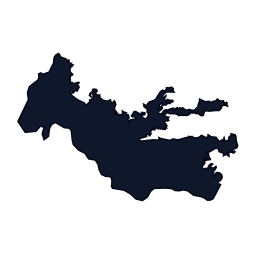 the Province of Mugla, rotated 182°
{"feature_id": "TUR-2278", "entity_name": "Mugla", "entity_type": "Province", "adm_level": 1, "iso_a3": "TUR", "parent_name": "Turkey", "parent_adm1": "", "projection": "mercator", "projection_center": [28.126, 36.936], "detail": "fine", "context": "isolated", "style": "filled", "palette": "ink", "viewbox_px": 256, "rotation_deg": 182, "n_neighbors": 0, "source": "natural_earth", "source_scale": "10m", "svg_char_len": 5817}
<svg xmlns="http://www.w3.org/2000/svg" viewBox="0 0 256 256"><g transform="rotate(182 128 128)"><path d="M199.9,200.0L197.5,196.5L192.2,194.8L190.7,192.9L189.4,193.8L189.1,192.3L189.4,190.7L187.0,190.7L187.6,190.0L186.6,189.3L185.1,189.1L186.3,187.4L188.2,186.8L188.1,186.2L187.6,186.1L188.1,184.0L187.6,182.1L186.5,180.7L185.1,179.9L185.1,179.2L187.6,177.7L187.3,173.0L186.8,171.1L185.1,171.6L184.0,170.3L179.7,171.9L177.8,171.6L179.4,171.2L179.8,170.1L178.3,167.0L180.2,163.1L181.5,164.2L183.7,161.5L185.1,160.9L184.6,162.8L185.3,163.2L186.4,162.9L187.0,162.0L186.3,160.0L185.1,158.5L179.5,154.5L172.6,151.6L171.7,150.5L171.0,148.9L166.7,153.3L166.7,154.0L167.3,154.0L167.3,154.7L164.3,155.5L163.9,156.4L164.2,158.2L163.0,158.5L164.3,160.1L163.7,160.9L164.9,162.4L165.4,162.4L166.5,160.4L166.6,159.4L166.1,157.8L167.7,159.3L167.1,161.2L164.3,163.9L164.8,165.1L163.8,165.7L161.2,165.5L160.2,164.5L160.2,163.5L161.0,162.7L162.4,162.4L162.4,161.6L159.0,159.7L157.5,160.1L157.0,157.2L153.8,154.9L149.8,154.1L146.5,155.5L146.0,153.4L145.1,152.6L143.9,153.0L142.7,154.7L142.1,154.0L141.0,150.9L141.8,149.4L142.1,147.2L141.9,145.1L141.0,144.0L140.9,143.5L141.6,143.3L141.2,142.3L141.6,141.7L141.0,141.7L140.4,144.0L138.5,141.3L135.8,140.9L133.9,142.0L134.2,144.7L133.3,144.0L130.5,143.3L131.7,142.5L131.7,141.7L128.5,141.4L127.8,140.3L127.4,137.9L128.5,137.9L128.7,137.5L127.4,134.1L127.0,134.2L126.8,135.2L126.0,136.2L120.6,137.4L120.7,138.1L121.9,139.5L124.0,139.3L125.0,140.2L122.4,144.7L120.7,144.7L115.1,141.7L114.6,141.7L115.1,144.0L111.8,143.9L111.4,142.9L111.8,141.9L115.1,141.0L115.1,140.2L111.4,137.7L109.9,138.3L108.7,140.1L108.1,142.0L108.4,143.6L109.6,144.7L109.2,147.2L112.7,149.9L113.3,152.4L110.8,151.2L109.6,151.5L109.0,153.3L107.8,152.4L107.7,153.3L107.1,154.0L107.6,154.1L107.8,154.7L103.2,156.4L101.4,157.7L96.9,165.4L94.8,167.0L92.4,166.2L91.8,167.3L90.6,167.8L91.2,169.3L90.1,169.8L88.5,169.5L88.1,168.5L87.2,170.1L86.1,170.3L84.9,169.6L83.9,168.5L84.5,167.0L83.2,165.5L90.0,165.5L91.7,164.8L94.9,160.9L93.7,159.4L91.2,161.6L91.2,160.9L92.1,159.9L92.4,158.6L92.1,157.3L90.3,155.7L90.0,157.4L89.6,158.0L86.9,157.0L85.1,157.4L84.2,156.9L83.9,155.9L87.5,154.7L86.9,154.0L89.4,154.0L90.6,152.4L94.0,152.2L94.9,151.7L94.6,153.5L95.9,153.6L97.3,152.6L97.4,150.9L96.5,150.3L94.7,150.1L94.3,149.4L94.4,148.7L96.8,146.3L98.6,148.6L98.0,144.4L97.5,143.4L95.4,143.3L94.6,143.8L93.1,146.3L91.1,147.6L90.4,147.5L90.0,146.3L88.7,147.6L83.9,149.4L83.2,149.4L82.8,148.0L79.5,150.1L79.1,148.6L78.4,148.7L77.1,150.1L75.3,148.8L74.6,150.1L74.0,150.1L71.3,148.2L69.6,147.9L67.9,148.6L67.9,147.9L66.8,148.4L63.3,147.9L61.8,148.4L59.9,150.8L58.6,151.7L58.8,153.4L57.6,156.9L57.4,159.4L52.8,157.3L51.3,157.0L47.5,157.5L47.0,156.3L40.9,158.5L39.7,160.1L37.5,158.5L34.6,158.1L33.5,158.5L33.3,157.2L32.6,156.4L31.6,156.4L30.5,157.0L30.4,156.4L29.8,156.3L30.3,155.6L30.3,154.9L29.2,154.0L29.2,153.3L31.8,154.1L33.3,154.1L34.4,153.6L35.2,152.5L35.6,150.7L37.6,148.6L40.6,148.6L47.2,147.7L50.4,147.9L52.1,147.4L53.2,143.3L55.1,142.8L59.2,145.2L60.5,144.7L61.9,145.5L64.3,145.2L65.4,145.6L67.7,143.4L68.9,142.7L76.7,142.5L77.7,142.1L78.3,142.8L81.5,144.0L86.4,143.7L87.8,144.1L89.4,145.6L89.7,144.4L91.9,142.5L91.3,141.2L90.4,140.5L87.5,140.2L88.1,139.5L89.0,139.8L89.1,139.1L87.5,137.1L88.8,136.4L89.5,136.7L91.9,135.6L91.9,134.9L90.1,133.0L88.8,131.0L90.0,131.8L90.6,131.0L89.4,129.4L92.4,129.4L92.4,128.7L90.6,128.7L90.6,127.9L92.8,127.9L94.3,128.7L95.3,128.0L96.1,128.7L97.7,128.1L99.6,129.1L101.0,128.7L101.7,131.0L102.0,128.5L101.0,127.9L101.0,127.2L102.5,127.1L103.5,127.9L105.9,124.1L105.9,123.3L104.7,123.3L105.9,121.0L107.4,122.1L108.8,122.4L109.6,121.8L109.0,120.2L116.4,117.7L116.4,116.9L115.1,115.6L114.2,115.4L102.5,117.1L98.2,117.0L96.5,117.5L96.8,119.5L95.2,118.7L85.7,117.1L82.6,118.7L79.0,118.0L76.7,118.1L69.4,120.6L67.9,120.2L67.2,121.8L65.7,121.4L63.6,121.8L61.8,120.5L58.9,120.5L56.1,121.5L54.3,123.3L50.2,121.3L48.1,121.4L47.7,124.1L44.6,122.1L39.7,121.8L36.6,118.0L35.3,118.0L33.9,119.2L33.4,118.4L33.5,118.0L32.9,118.0L31.6,121.8L31.3,121.0L31.6,120.2L31.0,119.5L31.5,118.9L31.0,118.0L26.7,119.5L27.1,121.4L26.6,122.6L25.5,123.6L24.2,124.1L24.9,125.6L23.0,125.6L22.5,124.8L20.9,125.2L19.9,123.5L19.4,119.1L17.8,114.1L18.7,111.8L21.0,111.1L23.7,108.7L22.3,107.9L20.6,108.7L20.0,107.2L20.6,107.9L21.6,106.6L24.5,107.6L26.1,107.2L26.4,104.5L26.1,103.3L27.7,104.2L28.0,106.5L28.6,106.5L29.7,104.4L30.4,104.2L31.0,104.9L31.6,104.0L31.6,105.9L31.9,106.5L33.5,106.5L35.4,107.6L36.6,107.2L35.9,107.9L37.2,110.2L38.5,111.0L39.9,110.7L45.8,106.9L47.9,107.0L48.9,106.5L48.9,105.6L47.7,105.8L47.0,106.5L46.3,102.9L45.6,101.0L44.6,100.3L44.6,99.4L48.8,98.5L50.0,98.7L48.9,101.0L50.6,100.2L51.9,98.6L50.5,98.1L50.0,97.4L50.1,95.2L51.9,93.3L52.5,90.2L50.6,89.2L50.1,90.2L46.9,90.4L46.0,93.0L44.8,94.5L43.4,95.3L42.1,94.8L43.7,93.4L43.9,92.0L42.9,91.0L40.9,91.0L38.8,92.8L38.4,92.1L39.2,89.9L40.9,87.9L41.3,84.3L40.3,82.4L39.7,82.4L39.3,85.6L37.3,86.7L34.8,86.3L32.9,84.7L32.1,82.3L32.9,80.0L34.5,78.2L36.6,77.1L35.5,75.4L33.5,74.7L40.4,60.4L43.2,58.8L46.2,58.6L49.4,60.8L52.8,62.0L60.0,63.1L66.3,67.4L70.4,68.1L74.5,67.1L78.6,67.1L82.4,69.0L88.7,69.3L99.6,68.6L103.1,65.7L106.3,59.5L111.1,56.0L117.6,57.4L123.2,62.2L129.7,65.7L141.4,67.3L142.5,69.3L142.2,71.6L142.2,74.8L143.1,78.1L145.4,78.9L148.5,78.9L152.8,80.6L155.4,85.3L156.6,90.5L159.6,94.8L166.3,95.8L170.1,101.2L176.7,104.3L182.0,109.5L183.2,113.7L184.6,123.6L186.8,125.8L191.7,126.1L200.7,131.0L203.8,129.4L205.6,127.0L206.6,124.1L207.2,116.8L211.5,113.4L213.5,119.1L212.0,125.6L215.5,127.0L219.8,121.5L230.6,120.1L238.2,130.7L228.5,152.9L229.7,159.8L228.0,165.9L219.6,172.8L218.8,175.9L219.2,178.9L217.2,180.0L214.5,178.8L208.9,181.1L204.5,190.7L204.6,193.5L204.0,196.5L202.4,198.7L199.9,200.0Z" fill="#0f172a" stroke="#020617" stroke-width="1.5"/></g></svg>